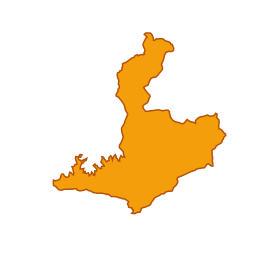 outline of Franca, São Paulo, Brazil, rotated 160°
{"feature_id": "56859067B28056382416557", "entity_name": "Franca", "entity_type": "district", "adm_level": 2, "iso_a3": "BRA", "parent_name": "Brazil", "parent_adm1": "São Paulo", "projection": "orthographic", "projection_center": [-47.359, -20.595], "detail": "fine", "context": "isolated", "style": "filled", "palette": "amber", "viewbox_px": 256, "rotation_deg": 160, "n_neighbors": 0, "source": "geoboundaries", "source_scale": "gbopen_adm2", "svg_char_len": 5111}
<svg xmlns="http://www.w3.org/2000/svg" viewBox="0 0 256 256"><g transform="rotate(160 128 128)"><path d="M151.9,45.6L150.2,45.1L148.8,45.6L147.3,45.3L145.5,44.8L144.0,46.1L143.2,47.8L141.1,48.1L139.3,47.8L137.8,47.8L136.4,48.0L134.7,47.8L132.8,48.6L131.3,50.2L129.5,51.3L126.9,53.2L124.6,53.7L122.2,53.8L120.5,54.1L119.1,54.8L116.8,53.8L114.7,54.9L111.4,54.8L109.7,53.9L107.8,53.9L105.6,56.4L103.9,57.1L102.2,57.9L100.5,59.1L99.4,61.0L99.5,62.9L98.6,64.3L96.8,64.6L94.6,64.5L92.8,64.7L91.5,64.8L90.0,64.9L85.2,65.4L83.9,65.5L81.1,65.4L79.3,65.3L77.9,66.0L75.6,65.7L72.7,65.2L69.6,64.5L66.8,66.6L64.9,67.1L63.3,64.7L62.5,63.7L61.3,63.2L60.6,65.2L60.2,67.0L59.9,68.6L59.0,70.2L58.4,72.3L58.1,74.4L57.5,75.7L56.9,78.1L55.7,78.8L53.9,78.9L52.7,79.5L51.5,80.7L49.5,81.5L47.2,81.7L45.8,82.0L44.7,82.6L43.6,84.2L42.2,85.1L40.6,86.9L38.7,87.5L38.4,89.2L39.3,90.0L39.8,91.7L40.5,93.5L41.2,95.0L43.0,96.4L42.1,98.6L41.3,100.7L40.4,102.0L39.9,104.5L40.6,106.3L41.1,108.1L40.0,109.4L39.5,110.7L40.8,111.9L42.2,110.6L43.7,110.3L46.5,110.9L48.0,111.8L48.7,113.0L50.5,113.0L52.2,113.1L54.2,113.3L56.2,113.7L57.8,113.6L59.0,113.3L61.0,112.4L62.3,111.5L62.9,109.3L64.1,110.5L65.6,111.7L67.0,112.6L68.5,114.1L69.5,115.8L70.8,115.1L72.4,114.1L74.3,113.2L75.7,113.6L77.1,114.5L78.3,115.8L79.8,116.5L81.8,118.1L83.1,119.7L83.8,121.4L84.4,124.2L84.0,126.3L84.0,127.7L83.5,129.3L84.1,130.8L85.8,131.7L88.6,132.1L90.2,132.8L91.6,133.6L93.0,134.6L95.1,135.1L97.1,135.6L99.1,136.0L101.0,136.5L103.7,136.9L105.9,137.8L106.7,140.4L107.0,143.1L104.6,144.5L103.2,144.7L101.6,145.0L99.8,146.3L98.7,147.8L97.4,149.2L96.4,150.2L96.3,151.5L97.4,153.7L98.5,156.9L99.1,159.0L99.5,160.9L97.0,161.3L94.4,161.6L93.1,163.1L91.9,164.5L90.4,165.9L89.3,166.7L87.7,167.0L86.0,166.6L84.3,166.4L81.8,167.5L80.0,168.7L76.4,170.7L75.1,172.3L74.9,173.9L74.8,176.1L74.0,177.2L72.5,178.7L71.6,179.8L70.4,181.4L69.5,183.0L68.5,184.1L67.5,185.2L66.0,186.2L63.5,186.0L61.6,185.3L60.2,184.9L58.8,185.3L57.8,187.2L57.8,189.4L57.9,191.5L59.1,192.0L59.0,193.4L59.9,194.8L61.7,196.2L63.2,197.1L64.4,199.5L66.2,200.6L68.0,201.1L69.4,201.4L70.9,202.2L72.2,201.4L74.1,201.6L73.6,203.3L73.4,204.7L73.6,207.4L74.4,209.5L76.2,210.2L77.9,210.9L79.1,211.2L80.7,210.4L79.7,208.5L79.0,206.9L80.6,206.2L81.9,205.0L83.5,203.5L85.4,201.4L85.6,199.2L85.4,197.5L85.4,195.6L85.9,194.4L87.4,193.1L87.2,191.8L88.5,191.5L89.6,192.3L92.0,192.6L93.7,192.3L94.1,193.6L96.5,193.6L98.6,192.2L100.4,192.5L102.7,191.7L104.8,191.2L106.6,190.5L108.4,190.3L109.8,190.5L111.3,190.1L111.8,188.0L112.8,187.1L113.5,185.4L114.5,184.3L115.9,184.6L117.0,183.4L119.0,183.4L119.9,181.8L120.4,179.6L120.5,177.9L120.3,176.3L121.0,174.4L122.1,172.5L121.7,170.8L122.3,169.0L124.2,167.7L124.9,165.8L126.4,164.8L127.8,163.5L128.1,161.8L126.8,160.9L126.2,159.6L125.7,158.1L124.9,156.1L124.4,154.3L124.0,152.5L123.7,151.0L123.9,149.3L124.0,147.7L124.2,146.2L124.0,143.9L123.5,141.8L124.0,140.3L126.2,138.1L128.0,136.0L128.9,134.9L129.7,133.7L131.6,132.0L133.7,130.5L134.4,129.4L134.8,127.7L135.3,125.1L135.3,123.3L135.6,121.2L136.8,119.6L138.0,118.2L139.3,116.8L140.4,115.9L142.0,114.6L142.8,112.6L142.1,110.8L141.2,108.8L140.6,107.1L141.2,105.2L141.3,103.4L141.1,101.8L143.3,102.8L143.9,104.5L145.6,102.9L146.7,101.2L147.3,99.6L148.6,100.6L148.3,102.4L149.4,103.8L148.9,105.2L149.1,107.3L150.5,106.7L152.2,105.2L153.5,103.3L153.3,106.3L153.7,107.9L155.9,106.8L156.7,105.3L156.9,103.9L158.3,104.1L159.8,103.6L160.2,105.3L160.8,106.9L161.1,109.0L162.4,110.0L162.5,108.3L163.6,106.8L165.1,105.3L164.4,103.4L163.5,101.7L163.4,100.2L165.6,101.0L166.6,100.2L166.9,98.9L168.4,99.9L169.6,101.3L169.9,103.4L171.1,104.0L171.4,105.5L173.5,104.6L172.5,102.6L171.5,100.2L172.2,98.4L173.8,99.1L174.5,97.2L175.5,94.9L176.7,95.9L176.4,97.5L177.3,99.2L178.5,97.2L180.8,96.5L180.4,98.0L180.6,99.4L182.3,99.4L184.0,100.3L183.1,101.7L185.3,101.6L184.4,103.2L183.3,105.1L185.3,105.4L187.0,105.8L186.0,108.0L185.0,109.1L184.0,110.2L182.0,110.5L180.5,111.8L178.3,111.9L177.1,113.6L178.7,113.4L181.6,113.2L183.4,112.2L183.4,113.8L185.0,114.7L185.0,116.4L184.5,117.8L186.8,119.0L187.8,117.3L188.0,116.0L188.0,113.8L188.2,111.4L190.3,111.8L191.3,110.7L192.5,110.4L193.8,110.8L193.8,109.2L193.9,107.7L194.3,105.7L194.3,104.1L195.4,102.5L196.2,103.9L196.6,105.1L197.7,106.4L199.0,105.0L199.9,103.0L201.4,102.5L203.0,102.9L204.2,104.7L204.4,106.7L205.8,107.3L207.1,106.5L208.0,105.0L209.0,103.7L210.9,103.0L212.6,103.0L214.4,103.2L215.8,104.5L216.7,102.8L217.6,100.0L217.0,98.6L215.8,97.7L215.1,95.8L214.2,93.7L212.3,92.5L210.8,92.2L208.8,92.3L207.4,91.6L204.6,90.8L202.8,90.1L201.0,89.5L199.3,89.3L197.1,88.3L196.9,86.9L194.5,85.3L191.3,84.7L187.7,84.5L186.6,82.7L184.6,81.6L183.6,80.3L182.8,79.2L181.2,78.5L179.4,77.3L175.9,76.1L174.3,75.3L171.8,73.9L170.8,72.8L169.3,72.6L168.3,71.2L167.0,69.2L165.2,68.7L163.5,67.8L162.0,67.1L160.8,65.9L158.9,64.8L157.2,63.3L155.7,62.7L154.2,61.0L152.6,58.6L154.5,56.8L154.2,54.9L154.5,53.4L152.9,52.2L151.4,51.3L152.0,50.0L151.0,49.2L152.1,47.3L153.6,46.6L151.9,45.6ZM184.5,117.8L182.6,116.8L180.4,118.5L182.0,119.5L183.1,118.8L184.5,117.8Z" fill="#f59e0b" stroke="#b45309" stroke-width="1.5"/></g></svg>